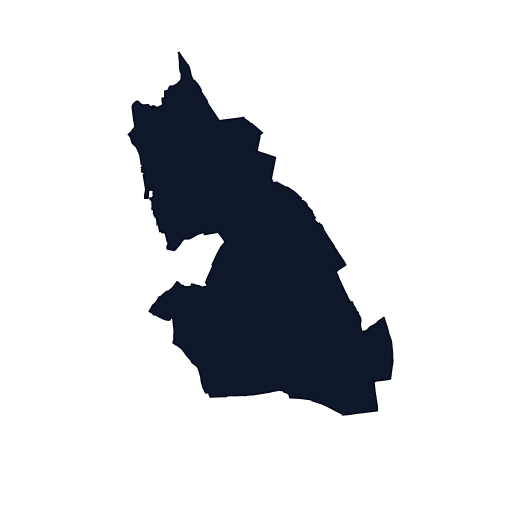 Dobarceni, Botosani, Romania (Mercator projection), rotated 27°
{"feature_id": "2599482B34827774742587", "entity_name": "Dobarceni", "entity_type": "district", "adm_level": 2, "iso_a3": "ROU", "parent_name": "Romania", "parent_adm1": "Botosani", "projection": "mercator", "projection_center": [27.051, 47.84], "detail": "fine", "context": "isolated", "style": "filled", "palette": "ink", "viewbox_px": 512, "rotation_deg": 27, "n_neighbors": 0, "source": "geoboundaries", "source_scale": "gbopen_adm2", "svg_char_len": 6108}
<svg xmlns="http://www.w3.org/2000/svg" viewBox="0 0 512 512"><g transform="rotate(27 256 256)"><path d="M405.3,358.2L405.5,358.2L411.0,354.7L417.0,350.4L417.7,349.9L418.0,349.4L418.1,349.6L420.0,348.4L431.0,341.0L433.9,339.2L434.2,338.8L434.3,338.4L431.6,334.0L429.1,330.5L427.6,328.7L426.7,326.9L425.5,325.7L424.4,324.1L417.8,314.0L418.3,314.2L418.9,313.9L420.1,312.5L428.4,307.0L430.8,305.2L431.6,304.3L430.9,302.7L430.5,301.2L429.7,299.4L428.6,296.0L428.0,294.6L426.7,290.4L425.2,286.6L423.7,284.7L422.9,282.8L420.7,278.9L417.7,274.4L417.6,274.0L415.3,270.6L413.3,268.5L409.7,265.2L405.5,260.3L400.6,255.5L398.0,252.7L397.7,252.7L396.3,255.8L395.4,257.1L394.2,259.7L394.6,260.2L394.4,260.4L394.5,260.6L394.0,261.2L394.3,261.5L392.9,262.8L391.7,265.1L391.4,265.5L390.7,265.9L390.4,266.5L389.5,268.6L388.8,271.2L388.7,271.6L389.0,272.1L388.2,272.2L387.0,273.7L384.7,275.2L382.2,272.8L380.4,270.4L378.4,265.2L375.9,262.7L374.1,261.8L372.8,260.1L372.2,259.8L370.7,259.7L368.1,257.3L365.4,255.9L362.9,253.5L362.3,253.3L361.0,254.1L360.0,254.0L359.7,253.4L357.0,251.8L353.7,248.9L353.4,249.1L342.6,240.4L340.5,239.0L338.0,236.5L334.4,233.8L335.3,232.0L335.0,231.8L339.3,224.5L339.8,223.5L339.6,223.3L339.8,223.1L336.2,220.6L333.9,219.5L331.8,218.1L329.0,216.8L324.4,213.9L321.6,212.5L321.4,212.0L319.2,210.6L313.8,207.7L306.6,203.4L303.3,201.3L303.5,200.9L301.2,199.4L301.0,199.0L300.6,198.7L299.8,198.6L299.1,198.8L297.6,198.0L297.2,198.6L295.8,198.9L294.2,198.1L292.8,197.9L291.5,196.5L290.6,196.0L291.2,195.0L289.6,194.1L287.4,192.4L286.8,192.2L285.6,190.5L283.3,189.9L281.9,189.2L280.5,189.1L279.8,188.8L277.5,186.7L276.0,185.9L273.5,185.4L270.7,185.9L269.9,185.4L270.2,185.0L270.1,184.0L265.0,182.8L265.2,182.5L264.3,182.2L260.4,181.4L253.2,180.5L250.9,181.2L240.8,180.9L240.4,181.6L238.9,182.4L237.5,182.6L236.4,182.5L236.2,182.1L236.0,181.1L234.8,181.2L228.6,159.4L209.5,162.3L208.6,162.6L208.5,162.4L209.2,161.6L207.0,154.3L205.8,149.5L205.1,147.5L204.3,147.1L204.9,145.2L205.8,143.4L191.6,140.0L191.2,140.1L190.4,140.8L190.1,140.9L188.7,139.7L184.3,139.2L181.8,138.2L180.6,139.3L177.3,141.7L165.0,150.0L163.2,151.4L162.2,152.4L144.8,142.7L142.6,141.0L141.7,139.8L132.0,134.3L132.1,133.4L131.6,133.2L130.4,131.9L129.5,131.9L129.0,130.9L127.2,130.3L126.2,129.5L124.5,128.8L123.9,128.8L123.7,128.5L121.6,127.6L120.4,127.7L119.5,127.6L119.0,127.3L118.8,126.8L116.2,124.7L113.0,120.7L111.1,118.6L108.9,116.8L107.5,116.4L97.2,111.0L95.2,109.6L94.6,110.2L95.9,111.4L97.7,114.6L100.1,118.1L101.7,121.5L103.1,123.7L104.4,125.5L107.0,127.9L107.5,128.6L108.1,130.4L109.3,132.6L108.9,134.7L108.3,136.1L107.8,137.6L107.7,138.4L107.4,139.1L104.6,142.7L102.8,143.3L102.4,143.8L102.1,145.0L102.1,145.5L102.4,146.4L102.1,148.6L101.0,149.8L99.9,150.4L103.1,156.7L100.8,157.9L102.2,160.7L103.6,162.2L104.2,164.5L104.0,165.1L102.7,165.7L101.8,167.5L100.9,168.1L98.2,169.3L97.9,168.5L95.9,169.1L95.4,170.0L95.8,170.6L96.8,171.6L94.8,171.3L94.2,170.7L93.3,170.9L92.4,170.7L91.5,170.1L87.7,172.3L86.2,173.0L84.6,172.9L80.5,171.8L79.9,171.9L78.8,173.2L77.9,175.6L77.8,176.7L77.7,177.8L77.9,178.9L78.7,180.4L84.9,189.6L87.8,193.4L89.8,196.4L89.2,197.7L89.0,199.0L88.6,199.9L88.7,201.6L88.4,202.0L87.6,204.6L87.0,205.4L87.1,205.8L87.4,205.9L88.0,205.8L89.8,207.0L90.9,207.4L91.5,208.4L93.3,210.4L94.6,211.6L95.9,211.9L96.8,212.4L98.2,212.6L98.4,212.3L101.0,214.0L104.4,216.7L107.0,219.1L112.4,226.6L114.0,226.4L114.6,226.7L114.8,227.3L114.8,228.1L114.7,228.3L114.0,228.3L113.8,228.5L113.7,229.1L114.7,229.5L114.8,230.8L115.7,232.0L115.8,232.8L116.8,232.7L118.5,232.1L119.4,234.9L119.0,235.1L127.6,246.8L129.2,252.0L130.6,255.1L133.6,253.5L132.9,252.2L132.6,251.1L130.8,247.2L130.8,246.7L130.9,245.6L133.5,244.5L134.8,244.6L135.3,244.9L135.6,245.5L135.7,246.6L136.6,248.0L137.6,248.9L137.1,250.8L137.1,251.4L136.5,252.0L135.3,252.3L135.3,252.7L135.6,253.1L136.6,253.7L137.7,254.0L138.2,254.6L138.9,254.7L139.4,255.5L139.6,256.7L140.0,257.0L140.5,258.1L141.1,258.5L141.2,259.5L141.9,261.1L142.3,261.8L142.8,261.6L143.5,261.6L144.8,262.0L144.7,262.7L145.0,264.0L146.1,265.2L148.0,266.8L149.7,267.2L150.5,268.0L152.3,270.5L153.7,272.9L154.0,271.9L154.3,271.7L154.6,271.9L155.4,272.8L156.1,274.0L159.1,277.9L161.4,276.8L161.6,277.8L164.7,276.5L165.9,278.2L170.4,283.3L171.1,283.8L172.0,283.8L172.3,285.9L172.4,287.2L172.7,288.6L173.6,290.0L180.3,288.3L181.3,286.8L182.0,283.4L182.2,282.9L182.1,282.4L182.3,281.9L182.7,281.3L182.9,279.7L183.3,275.9L184.3,273.4L185.2,272.6L186.6,272.2L187.5,271.7L188.5,271.0L189.3,270.2L191.8,266.7L193.5,263.8L198.7,258.6L199.4,258.3L199.9,260.0L200.4,260.2L202.4,258.9L202.9,258.3L211.3,252.0L215.3,253.7L217.5,255.0L218.1,255.1L221.8,257.3L222.3,257.3L220.7,264.1L220.5,272.4L220.8,277.9L220.9,283.7L222.0,284.0L222.1,284.3L222.8,298.8L223.1,301.9L223.2,302.3L226.5,304.8L225.1,306.1L223.7,306.9L222.5,308.5L220.6,308.3L218.2,308.6L216.6,309.2L215.0,309.5L214.1,309.4L211.4,310.3L212.0,312.5L209.8,314.1L208.8,314.7L207.8,315.0L206.8,315.8L205.8,315.8L204.4,315.4L203.0,316.0L202.1,315.9L198.9,314.8L197.3,314.9L196.3,321.5L194.5,326.2L192.2,328.7L189.7,334.8L189.4,336.4L188.3,336.4L188.1,341.3L187.8,342.8L187.5,344.1L186.3,346.8L186.3,348.2L186.1,349.0L186.5,350.3L186.1,351.3L186.0,352.3L186.1,353.9L188.5,353.7L190.6,354.5L191.9,354.8L193.9,353.8L196.0,354.3L197.8,354.1L202.7,354.0L205.1,353.6L206.8,353.1L208.3,352.0L208.0,350.2L209.9,348.9L217.2,359.9L219.0,364.2L220.9,367.7L221.5,371.0L224.8,371.5L226.1,371.3L232.3,372.4L239.9,376.3L245.3,378.4L247.3,379.9L250.0,380.5L253.0,380.8L256.1,382.7L259.5,386.4L262.3,389.4L263.4,391.4L265.1,393.5L268.6,397.3L273.3,400.8L276.0,399.2L277.7,401.2L279.4,402.4L288.7,397.1L293.1,394.9L293.5,394.1L294.3,393.2L302.2,389.1L306.9,386.4L308.5,385.8L310.3,384.8L312.2,383.3L316.8,380.6L330.0,371.0L333.2,368.2L334.8,367.1L337.8,364.6L339.0,364.6L339.1,364.3L339.9,364.1L341.6,363.8L342.4,364.3L343.1,364.5L345.8,363.9L347.2,364.1L348.1,364.4L348.8,364.9L350.5,366.9L357.8,363.6L361.6,362.1L367.7,359.9L371.5,358.7L371.7,359.4L381.2,357.8L388.4,357.5L389.8,357.5L405.2,357.7L405.3,358.2Z" fill="#0f172a" stroke="#020617" stroke-width="1.5"/></g></svg>